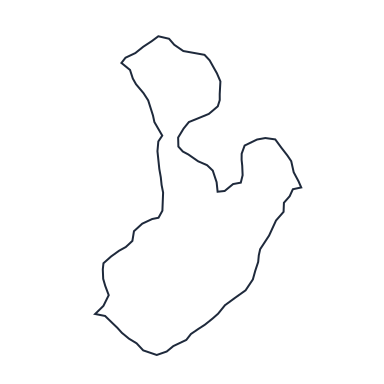 the district of Agia Trias, Cyprus, rotated 264°
{"feature_id": "46923920B13972666362047", "entity_name": "Agia Trias", "entity_type": "district", "adm_level": 2, "iso_a3": "CYP", "parent_name": "Cyprus", "parent_adm1": "", "projection": "equal_earth", "projection_center": [34.248, 35.534], "detail": "fine", "context": "isolated", "style": "outline", "palette": "slate", "viewbox_px": 384, "rotation_deg": 264, "n_neighbors": 0, "source": "geoboundaries", "source_scale": "gbopen_adm2", "svg_char_len": 1474}
<svg xmlns="http://www.w3.org/2000/svg" viewBox="0 0 384 384"><g transform="rotate(264 192 192)"><path d="M84.2,87.2L80.8,82.9L77.8,92.6L70.0,99.1L64.7,103.6L59.3,107.5L52.7,114.0L47.3,121.1L39.6,126.9L33.6,139.9L36.0,150.2L40.7,157.3L45.5,170.9L50.9,176.1L55.1,183.9L58.7,191.0L64.1,199.4L68.2,205.2L76.0,213.0L82.0,223.3L88.6,235.0L98.7,243.4L107.1,246.7L115.5,250.5L122.0,251.8L128.0,253.8L140.6,264.1L154.9,272.6L162.7,281.0L171.7,282.3L177.6,288.7L184.2,292.6L185.1,301.1L191.4,299.1L201.0,295.2L212.3,293.9L218.3,290.7L226.7,285.5L235.6,280.3L238.0,270.6L237.4,262.2L232.7,249.2L224.9,245.4L218.9,244.7L212.9,244.7L203.4,244.1L196.2,241.5L195.6,233.7L189.6,224.6L189.6,217.5L199.2,217.5L205.1,216.2L211.1,214.9L217.1,209.8L221.9,201.3L229.7,192.3L233.2,187.1L238.6,183.2L247.6,183.9L256.0,190.3L261.9,196.2L264.3,204.6L267.9,216.9L274.5,226.6L280.5,229.2L286.5,229.8L299.0,231.8L307.4,229.2L313.4,226.6L321.1,223.3L327.1,218.8L330.1,208.5L333.1,198.1L340.3,189.7L346.8,185.2L350.4,174.8L346.2,167.7L341.5,158.6L336.1,150.2L332.5,139.9L327.7,135.3L319.9,143.1L311.0,145.0L305.0,147.6L295.4,154.1L287.7,158.0L272.1,161.2L265.5,161.9L251.2,168.3L245.8,163.8L236.2,161.9L230.3,161.9L218.3,161.9L209.9,162.5L202.2,162.5L194.4,163.2L176.5,160.6L169.9,156.0L169.3,149.6L165.7,139.2L159.1,130.2L149.6,127.6L144.2,120.4L141.2,113.3L136.4,104.9L130.4,96.5L124.4,95.2L114.9,94.6L107.7,95.9L98.1,98.4L88.0,92.0L84.2,87.2Z" fill="none" stroke="#1e293b" stroke-width="2"/></g></svg>